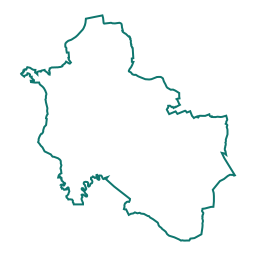 Adamus, Mures, Romania
{"feature_id": "2599482B10213033465232", "entity_name": "Adamus", "entity_type": "district", "adm_level": 2, "iso_a3": "ROU", "parent_name": "Romania", "parent_adm1": "Mures", "projection": "orthographic", "projection_center": [24.206, 46.308], "detail": "fine", "context": "isolated", "style": "outline", "palette": "teal", "viewbox_px": 256, "rotation_deg": 0, "n_neighbors": 0, "source": "geoboundaries", "source_scale": "gbopen_adm2", "svg_char_len": 5665}
<svg xmlns="http://www.w3.org/2000/svg" viewBox="0 0 256 256"><path d="M234.9,175.3L224.3,158.1L221.8,152.9L224.5,153.5L226.1,154.7L225.7,152.9L225.7,152.2L225.3,150.8L224.9,150.2L224.8,149.3L224.9,148.8L224.8,148.3L225.3,146.9L225.2,146.2L225.6,145.4L225.8,143.8L225.4,142.6L225.8,141.9L225.9,140.6L225.8,139.6L227.5,134.4L227.5,130.5L227.4,129.2L226.7,127.0L227.2,125.8L227.3,125.1L226.7,124.4L225.7,123.8L226.2,123.0L226.3,121.6L227.2,119.9L227.2,119.3L226.2,115.7L222.0,116.9L220.4,117.0L217.5,116.7L215.4,117.1L211.9,117.0L211.7,116.3L210.8,116.6L210.0,116.1L209.5,115.2L209.3,114.3L205.1,115.9L199.8,115.8L198.7,116.1L198.1,116.5L198.5,117.1L198.2,117.4L197.6,116.6L197.2,116.9L197.0,116.5L194.4,117.6L193.9,118.0L192.0,115.8L190.2,111.2L186.9,112.5L185.5,110.8L184.9,110.8L177.4,113.9L175.6,111.4L169.2,114.1L166.8,109.6L167.5,108.2L168.1,107.8L168.3,106.9L168.2,105.8L169.9,105.7L171.9,107.2L172.3,107.2L172.8,106.9L173.6,108.0L175.3,106.8L175.8,106.7L175.9,107.0L179.9,104.8L179.1,103.7L177.4,99.9L176.6,99.1L177.5,98.7L179.5,98.4L179.2,96.3L179.2,93.0L175.3,90.6L173.1,89.6L170.7,89.7L167.4,87.8L166.7,87.0L165.9,85.4L165.6,84.6L163.9,81.5L162.9,78.4L161.3,77.2L160.2,76.9L157.0,77.0L151.4,79.2L149.2,79.5L145.3,79.2L138.3,76.4L135.8,74.8L134.2,74.9L132.4,74.3L130.9,72.4L128.9,71.4L128.8,70.9L129.6,69.1L131.1,67.1L132.2,65.0L133.4,61.9L131.9,61.8L131.8,58.5L133.3,58.2L132.7,48.0L132.5,47.7L132.1,47.6L131.8,46.5L131.4,46.1L131.1,44.5L131.3,44.4L130.8,42.7L130.9,40.6L130.1,39.0L130.5,38.7L129.7,36.7L129.4,36.4L128.8,36.7L125.5,33.6L124.8,33.4L122.7,31.8L122.3,30.7L122.8,30.5L121.9,27.0L121.9,26.0L121.6,24.3L121.3,23.7L120.4,23.1L119.4,22.8L115.0,23.4L112.6,23.3L111.0,22.8L104.2,23.6L103.9,23.4L103.6,22.9L103.1,18.0L102.4,15.4L85.9,18.7L85.5,22.7L84.9,25.2L83.5,28.4L82.7,29.6L77.5,35.3L75.6,37.0L71.4,39.7L68.3,40.8L66.5,42.2L65.5,43.4L65.3,44.3L65.3,46.4L65.4,46.9L66.1,47.5L66.4,48.2L66.3,49.6L66.8,52.6L68.6,52.5L69.0,57.7L68.4,57.8L68.8,59.6L70.9,62.5L69.8,63.6L69.0,63.4L66.1,61.6L65.1,63.3L62.3,65.5L62.4,66.2L62.1,66.4L60.6,66.9L57.9,67.3L51.7,67.5L49.7,68.4L49.7,69.3L49.1,70.6L49.6,71.9L49.8,73.2L49.6,74.6L48.7,74.3L47.5,72.7L44.8,70.7L44.6,69.9L41.5,70.6L40.9,71.6L40.5,71.6L40.0,71.1L38.3,71.5L37.1,72.2L37.3,74.2L36.3,73.2L35.1,72.5L35.4,69.9L33.4,69.8L32.0,69.1L30.1,67.8L27.3,67.2L26.3,69.5L25.3,69.2L25.0,69.3L25.2,69.5L24.5,70.4L23.9,70.1L23.5,70.3L23.9,71.2L23.3,71.5L23.5,72.1L23.3,72.6L22.6,72.5L22.0,73.2L21.6,73.2L21.1,73.8L21.6,74.5L24.2,76.6L24.6,75.8L27.2,74.7L27.4,73.3L27.7,73.2L29.3,73.8L30.0,74.5L29.8,76.0L30.4,76.7L31.7,76.7L31.6,78.0L32.1,78.3L32.7,79.1L34.0,80.2L33.9,81.0L30.8,80.8L31.0,82.1L35.0,82.6L39.1,82.5L39.8,84.4L42.6,86.7L43.9,88.2L45.2,90.5L46.3,93.3L46.4,94.3L45.9,96.1L45.9,98.2L45.4,99.7L45.7,100.3L45.9,102.1L47.4,108.2L47.1,111.0L47.7,114.1L47.1,114.8L46.5,116.2L46.1,117.6L46.0,118.4L46.8,118.9L46.1,125.0L44.2,127.1L43.2,130.3L43.2,131.7L42.5,133.1L41.8,133.8L41.3,133.8L40.4,134.9L39.4,136.9L38.6,139.1L38.6,140.8L38.1,142.1L39.8,144.2L40.6,145.5L42.5,147.4L44.6,151.4L50.8,154.4L52.3,156.4L52.7,156.7L54.0,156.8L58.1,158.3L59.8,159.6L60.6,160.6L60.8,161.8L60.8,163.6L61.4,165.2L60.5,168.3L60.7,169.3L61.0,169.9L61.4,173.3L60.4,173.7L59.1,174.9L58.7,175.6L58.2,177.5L59.6,177.5L60.2,176.9L60.4,177.3L61.1,177.5L61.6,178.1L61.5,178.5L61.1,178.7L61.5,180.0L61.8,180.1L61.8,180.7L63.1,181.8L63.8,182.9L64.7,182.9L65.1,183.5L64.4,185.0L63.9,185.5L63.7,185.3L63.9,184.4L61.1,184.7L60.9,184.9L61.7,185.2L61.2,187.4L61.7,187.7L61.8,188.1L62.0,187.9L62.3,188.4L62.8,188.4L63.1,188.9L63.6,189.0L64.1,189.8L66.1,189.5L65.9,189.3L65.9,189.0L66.2,188.8L66.5,189.0L66.8,188.3L67.4,188.4L67.7,187.6L68.0,187.4L68.5,187.7L69.3,191.4L68.5,193.4L68.5,193.9L67.2,195.7L66.3,196.2L66.6,197.5L68.0,198.8L68.3,199.5L68.5,199.5L69.9,199.3L72.1,199.6L72.9,200.7L72.8,201.1L72.9,202.5L73.4,202.8L73.8,204.4L83.0,204.4L83.0,202.9L81.6,199.6L81.6,198.3L82.4,197.1L82.2,196.3L81.7,195.4L81.6,194.8L82.1,194.5L83.2,194.6L86.0,196.5L86.8,196.5L87.1,196.1L87.1,195.2L86.8,194.7L85.2,193.2L84.3,191.4L81.8,189.5L81.7,189.0L81.7,188.6L82.1,188.1L82.9,188.2L83.5,188.6L84.5,189.8L85.4,190.1L86.2,189.0L86.2,188.5L85.2,186.1L85.0,185.2L83.8,183.9L83.7,183.2L84.0,182.4L84.3,182.1L85.7,181.8L87.5,182.1L88.1,182.9L88.0,185.5L88.1,186.1L88.4,186.5L88.7,186.6L89.6,186.1L90.6,183.7L91.9,183.2L92.1,182.9L92.4,181.8L92.3,181.1L91.9,180.2L91.0,179.3L91.0,177.8L91.2,177.5L92.5,177.2L92.8,176.5L93.6,176.7L94.6,177.9L95.3,177.9L96.4,176.9L96.5,175.0L97.2,174.8L97.5,175.1L97.6,175.5L97.2,178.6L97.5,179.1L98.6,179.8L99.2,179.7L99.4,179.2L99.0,176.7L99.2,175.9L99.6,175.5L101.2,175.6L101.6,176.0L102.9,178.7L103.3,179.0L103.7,179.1L104.3,178.8L104.7,178.1L107.5,177.1L106.6,178.3L105.9,179.1L114.1,186.5L130.0,198.9L129.8,200.4L129.1,201.9L127.4,201.7L126.6,202.0L125.6,203.1L125.0,203.4L124.4,205.2L124.5,206.9L123.9,209.1L124.7,209.4L126.1,209.4L128.8,214.9L130.9,213.8L133.3,213.4L134.9,212.4L137.4,213.3L139.7,212.8L141.0,213.6L143.9,213.9L147.8,216.0L148.9,216.1L150.1,217.5L152.9,219.1L157.7,222.6L158.1,223.4L158.6,225.2L159.4,226.4L161.4,227.9L162.3,229.1L163.5,229.9L165.7,231.7L167.2,234.2L169.1,235.7L174.3,237.3L179.2,239.5L181.0,240.6L182.1,240.3L184.0,240.6L189.3,240.5L190.4,238.6L194.4,238.1L201.4,234.3L202.4,227.5L202.6,224.9L202.4,223.6L203.0,221.0L202.3,218.2L202.6,217.1L202.3,216.3L202.6,215.8L202.5,215.2L203.0,214.6L203.3,213.3L203.3,212.9L202.2,211.4L202.0,210.9L202.4,209.9L202.5,208.8L204.9,208.5L211.0,206.9L213.4,206.8L213.9,201.4L213.9,196.2L213.7,193.0L212.8,189.8L219.9,181.1L224.0,179.0L227.7,176.0L229.9,174.8L232.8,174.9L234.0,175.6L234.9,175.3Z" fill="none" stroke="#0f766e" stroke-width="2"/></svg>